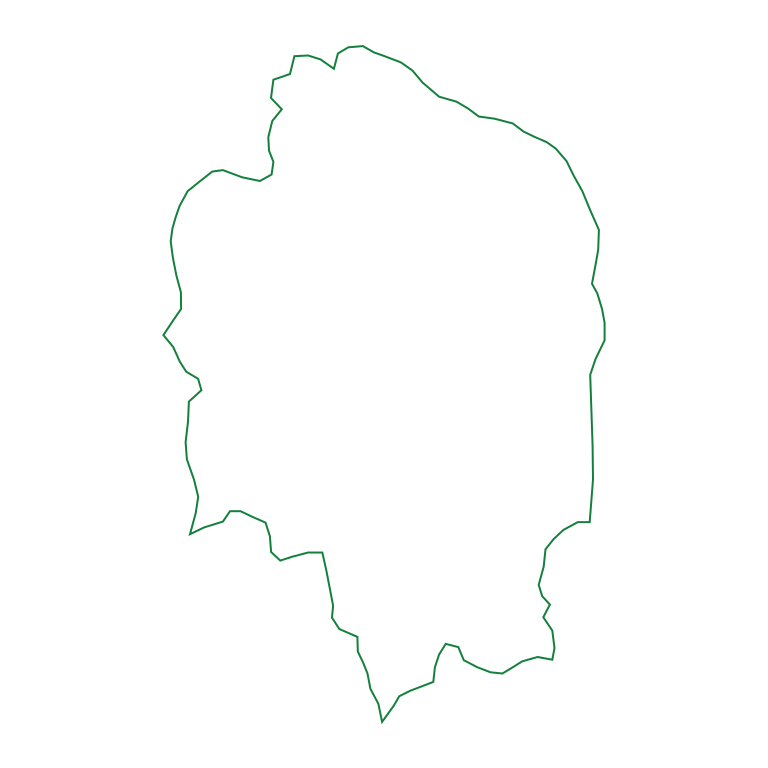 São João do Itaperiú, Santa Catarina, Brazil (Albers equal-area conic projection)
{"feature_id": "56859067B4015811011138", "entity_name": "São João do Itaperiú", "entity_type": "district", "adm_level": 2, "iso_a3": "BRA", "parent_name": "Brazil", "parent_adm1": "Santa Catarina", "projection": "albers", "projection_center": [-48.803, -26.597], "detail": "fine", "context": "isolated", "style": "outline", "palette": "green", "viewbox_px": 768, "rotation_deg": 0, "n_neighbors": 0, "source": "geoboundaries", "source_scale": "gbopen_adm2", "svg_char_len": 1659}
<svg xmlns="http://www.w3.org/2000/svg" viewBox="0 0 768 768"><path d="M272.3,120.9L268.3,137.2L269.0,150.6L273.4,161.9L271.6,174.5L259.9,181.0L242.2,177.3L222.8,170.1L212.2,171.6L200.3,181.0L187.7,191.1L179.7,205.7L175.7,217.1L172.4,228.7L170.7,241.3L172.9,257.8L176.4,275.6L180.9,292.2L181.1,308.9L173.6,319.8L163.4,335.1L173.2,347.0L179.8,361.6L186.2,371.7L198.1,378.8L201.4,390.2L188.9,401.6L188.0,421.8L185.6,442.3L186.9,459.4L194.0,479.6L198.2,496.7L195.7,513.2L190.0,534.2L204.4,527.3L222.9,521.6L230.0,511.2L240.6,511.2L252.5,516.9L265.5,522.6L269.9,536.2L271.1,552.0L280.3,560.6L291.6,556.9L308.1,552.5L322.3,552.5L326.3,570.3L330.2,590.5L333.1,605.6L332.0,617.7L339.3,629.0L357.4,636.9L357.8,651.5L363.1,662.6L367.5,673.5L370.4,688.8L378.4,703.9L382.1,721.9L393.6,705.9L399.3,696.2L410.1,690.8L433.3,681.9L434.9,667.3L439.1,654.5L445.7,643.9L458.3,647.1L463.8,660.2L477.0,667.1L490.5,672.3L502.4,673.5L511.9,667.8L522.1,661.4L537.5,657.0L552.3,659.7L554.5,648.1L552.3,630.6L543.3,617.2L549.9,604.6L542.2,596.2L538.7,584.9L543.7,566.6L545.5,549.3L553.5,539.2L563.6,529.8L577.8,522.1L589.7,522.1L593.0,479.6L592.6,446.1L590.2,374.9L595.5,359.1L604.6,340.3L604.6,323.0L602.1,309.2L597.3,293.4L592.0,283.8L596.0,262.3L598.2,249.7L598.9,229.9L590.5,210.9L582.3,191.1L573.5,175.3L566.6,161.2L555.8,148.6L546.8,142.2L534.4,136.8L523.6,131.6L512.7,123.4L494.6,118.7L478.7,116.5L468.5,108.8L456.6,101.7L439.1,96.7L422.6,82.6L412.4,70.5L400.9,62.4L384.1,56.0L373.7,52.3L362.9,46.1L348.3,47.3L337.9,53.5L333.9,68.8L320.5,59.4L308.1,55.5L294.4,56.2L290.0,74.0L273.4,79.7L271.0,98.0L281.8,109.3L272.3,120.9Z" fill="none" stroke="#15803d" stroke-width="2"/></svg>